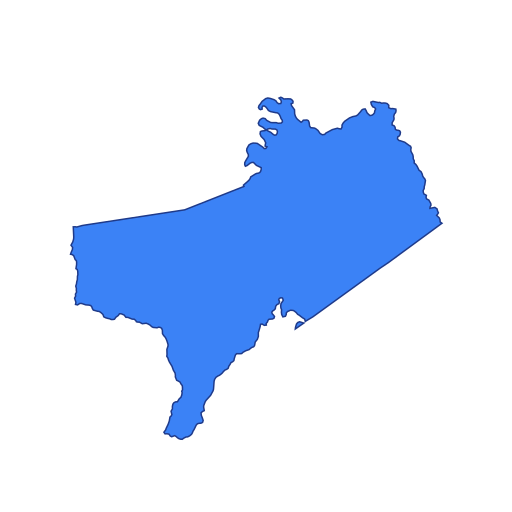 Jaíba, Minas Gerais, Brazil (Albers equal-area conic projection), rotated 338°
{"feature_id": "56859067B83912683918054", "entity_name": "Jaíba", "entity_type": "district", "adm_level": 2, "iso_a3": "BRA", "parent_name": "Brazil", "parent_adm1": "Minas Gerais", "projection": "albers", "projection_center": [-43.684, -15.25], "detail": "fine", "context": "isolated", "style": "filled", "palette": "blue", "viewbox_px": 512, "rotation_deg": 338, "n_neighbors": 0, "source": "geoboundaries", "source_scale": "gbopen_adm2", "svg_char_len": 6121}
<svg xmlns="http://www.w3.org/2000/svg" viewBox="0 0 512 512"><g transform="rotate(338 256 256)"><path d="M336.5,118.2L337.5,120.7L337.2,122.7L336.1,123.9L334.1,123.3L333.0,121.7L332.6,119.6L331.3,117.8L328.2,115.2L326.1,113.9L323.9,113.7L319.6,114.9L316.7,116.8L315.2,117.6L313.9,119.2L314.1,120.9L315.0,122.0L316.8,122.1L317.2,120.5L318.7,119.5L320.1,120.2L321.0,121.7L321.6,123.6L322.0,125.7L323.5,127.5L327.8,130.4L329.6,131.4L330.6,133.3L330.8,135.8L330.7,138.0L331.2,140.0L330.7,141.6L329.1,142.2L326.2,141.2L324.7,139.9L321.2,138.5L319.6,137.7L316.7,134.2L316.0,132.1L314.2,130.8L312.5,130.7L310.3,131.4L307.8,133.8L307.9,136.1L310.7,139.3L311.6,141.3L312.8,143.0L311.2,143.1L308.3,142.3L306.7,142.3L305.5,144.3L305.5,147.0L307.2,151.1L307.4,154.8L306.5,155.9L305.6,157.5L307.1,158.9L305.4,160.0L303.9,159.5L303.0,157.5L299.4,152.1L297.6,151.1L295.6,150.2L293.3,150.0L291.0,150.4L287.8,153.0L286.8,154.8L286.7,157.0L286.9,158.9L286.3,160.7L281.8,164.1L280.5,165.3L279.7,167.2L279.8,168.8L281.6,168.8L285.5,167.7L287.3,167.7L288.7,168.3L290.3,172.1L293.9,176.0L293.2,177.8L291.9,179.3L290.7,180.0L289.3,180.1L287.7,179.7L286.3,179.7L280.7,180.7L279.6,182.0L277.7,183.2L270.9,185.6L270.9,187.0L207.2,186.5L108.4,163.1L106.1,162.6L100.7,162.0L99.4,161.2L97.5,160.5L94.1,170.2L93.2,172.0L91.4,174.3L88.5,176.7L89.2,179.3L88.2,181.2L85.9,183.5L84.7,184.9L86.2,185.9L87.1,187.5L87.0,191.6L87.7,193.0L87.3,194.7L86.4,196.8L84.3,200.3L85.2,201.5L85.0,203.4L83.8,206.7L82.9,207.8L81.5,211.0L80.1,212.8L79.1,214.6L77.6,216.4L77.3,218.8L76.5,220.6L76.1,222.3L74.3,223.7L73.7,225.7L72.0,227.1L71.7,231.4L70.5,233.3L72.2,234.5L74.9,234.0L76.7,234.8L79.8,237.5L82.8,239.0L84.2,240.0L84.7,241.7L84.6,243.4L84.9,245.2L88.4,247.9L89.9,248.7L91.2,250.7L92.2,252.9L92.1,255.4L93.4,256.9L95.0,258.2L96.8,259.4L98.0,260.7L99.5,261.3L101.1,261.6L103.1,260.3L105.9,259.6L107.8,258.4L109.4,259.1L111.6,261.3L112.4,264.1L114.3,265.0L117.5,268.1L119.4,269.0L120.3,270.7L120.5,272.2L121.8,273.1L123.1,273.6L125.2,276.2L129.0,277.2L130.4,278.5L131.9,280.4L132.8,282.4L133.9,283.7L137.4,285.5L139.1,285.5L140.5,286.4L141.4,287.7L141.4,289.7L140.2,293.0L140.6,295.2L141.4,297.4L141.6,299.0L141.6,301.5L141.3,305.0L140.7,306.5L138.4,309.2L136.6,314.0L135.7,315.6L136.1,317.6L135.9,319.8L136.0,321.9L136.8,326.9L136.6,330.8L137.1,334.2L136.6,336.4L135.9,337.9L135.9,341.5L137.1,342.8L138.3,344.4L138.6,347.0L139.1,348.5L138.6,350.3L137.7,352.6L136.5,353.5L136.3,355.1L135.0,357.2L133.3,359.0L131.6,359.5L130.0,360.6L128.6,361.7L126.7,361.1L124.9,361.3L123.5,362.2L122.2,364.0L121.2,366.5L119.1,368.1L118.6,371.5L117.5,372.5L115.9,373.1L113.8,376.5L111.5,379.1L108.1,382.2L107.2,383.3L104.6,384.9L105.0,386.8L106.9,387.5L108.6,388.6L109.1,390.8L110.1,392.0L113.3,392.1L114.3,393.4L115.1,395.1L116.1,396.5L117.3,397.5L118.9,398.3L121.0,397.8L123.3,397.6L124.9,398.1L127.1,397.9L129.4,397.2L130.7,396.2L131.9,394.9L133.7,393.6L137.2,390.4L138.9,389.6L140.5,389.8L142.3,390.4L144.1,390.3L145.4,388.7L145.6,385.8L145.6,383.3L146.3,380.8L148.3,380.1L150.1,380.0L150.9,376.3L151.6,375.0L154.4,372.0L155.7,371.1L161.7,368.2L165.7,364.9L166.7,363.6L170.2,356.5L171.4,354.9L173.4,353.5L175.6,353.0L177.5,352.9L179.4,352.4L180.8,351.9L182.6,350.9L184.6,350.1L186.4,350.1L188.1,349.7L189.5,348.0L191.3,346.8L192.8,345.5L194.7,345.3L196.3,344.7L197.4,343.0L199.8,340.1L201.4,339.3L204.8,340.7L206.2,341.1L207.9,340.4L209.5,340.2L211.0,340.0L214.6,340.2L216.3,339.6L218.1,339.2L219.7,339.3L221.0,338.6L221.9,337.3L223.0,335.5L226.0,333.8L228.1,331.4L229.5,327.8L230.5,326.7L233.4,323.0L234.6,321.0L236.2,321.4L237.7,323.4L239.7,323.9L240.1,322.4L242.0,321.4L242.9,320.2L244.4,319.5L247.7,320.6L249.4,320.4L250.5,319.0L250.0,317.1L249.4,315.6L249.6,314.0L250.8,313.2L252.2,313.0L254.1,312.2L255.4,310.0L257.2,308.9L259.4,308.8L260.8,306.9L260.6,305.1L261.7,304.1L263.4,304.0L264.8,304.9L264.7,307.2L263.4,308.2L261.5,309.3L260.2,311.5L259.6,313.5L259.6,315.4L258.5,317.6L257.9,319.9L258.1,322.5L260.7,322.9L262.1,321.6L262.8,320.1L264.4,319.3L267.6,319.2L268.9,319.8L270.2,320.5L271.1,321.7L272.1,323.5L272.8,325.7L273.9,327.1L276.0,330.7L277.5,332.7L277.2,335.1L286.0,333.7L366.8,313.7L376.7,311.6L440.7,295.3L439.5,293.4L440.2,291.3L440.2,289.4L438.7,286.0L440.1,285.2L441.3,284.3L441.2,282.3L441.5,280.1L440.0,277.9L435.1,277.0L435.8,275.7L437.3,274.4L437.7,272.7L437.2,268.9L435.5,266.9L435.7,265.1L436.7,263.6L434.9,261.3L435.0,259.5L435.6,257.8L437.1,256.6L438.0,254.7L439.1,253.3L441.4,249.5L441.4,247.7L440.9,246.3L440.5,244.5L440.8,242.2L440.6,239.6L439.3,237.5L439.0,233.1L438.5,230.9L437.5,229.0L438.4,227.0L438.2,224.9L439.0,222.6L439.3,221.0L438.9,217.1L439.3,215.5L440.4,213.7L440.4,212.1L439.5,211.0L436.5,206.2L433.1,203.3L431.8,202.4L431.0,200.5L432.1,198.6L434.0,198.3L435.3,197.1L436.3,195.3L436.1,193.7L434.9,192.7L433.5,191.9L432.7,190.7L433.2,188.7L432.8,186.9L431.3,185.5L432.2,183.4L434.9,181.3L435.6,180.0L436.0,178.1L437.5,176.2L439.2,175.3L440.2,173.9L440.7,172.2L438.0,170.5L436.2,169.9L434.6,168.2L435.6,166.0L434.7,163.8L433.3,162.7L431.6,161.9L429.7,161.4L428.3,159.9L426.9,159.5L422.3,156.4L420.1,156.4L419.7,158.7L420.1,161.4L421.6,162.8L422.0,164.5L420.6,165.8L419.4,167.7L417.7,168.6L416.2,168.9L414.3,168.5L413.4,166.7L412.6,164.7L412.6,162.6L412.3,160.5L410.3,160.0L408.6,160.3L407.3,161.2L403.1,163.3L401.2,163.6L397.9,163.0L394.4,163.0L388.7,164.3L386.7,165.3L384.8,166.8L384.0,168.8L382.4,170.1L380.7,169.1L379.3,168.0L374.1,167.4L366.8,168.2L365.2,169.0L362.9,168.4L361.3,166.4L360.5,162.8L359.0,160.2L358.0,159.2L354.8,157.5L354.4,155.6L355.3,151.9L355.2,150.1L354.2,149.0L350.7,147.8L349.3,148.6L347.9,148.9L345.6,144.7L345.1,143.0L344.9,141.1L345.1,138.7L346.5,134.8L345.3,129.9L345.6,128.0L347.5,128.0L348.3,126.4L347.9,124.9L347.0,123.4L344.7,122.3L340.6,120.8L339.8,119.5L338.5,118.1L336.5,118.2ZM312.8,143.0L314.4,142.7L316.8,143.0L318.3,144.2L321.5,145.6L322.6,146.9L322.5,148.6L321.5,150.3L319.9,151.3L318.4,150.9L317.4,149.5L315.9,146.7L314.4,145.1L312.8,143.0ZM275.2,336.1L271.8,333.3L269.8,333.3L268.1,334.2L265.9,336.9L265.1,338.4L275.2,336.1Z" fill="#3b82f6" stroke="#1e3a8a" stroke-width="1.5"/></g></svg>